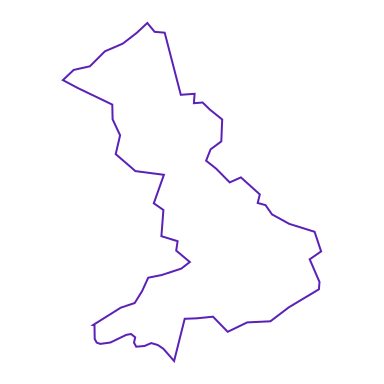 Altiarik, Ferghana, Uzbekistan (orthographic projection)
{"feature_id": "79887680B43666703114629", "entity_name": "Altiarik", "entity_type": "district", "adm_level": 2, "iso_a3": "UZB", "parent_name": "Uzbekistan", "parent_adm1": "Ferghana", "projection": "orthographic", "projection_center": [71.41, 40.491], "detail": "fine", "context": "isolated", "style": "outline", "palette": "violet", "viewbox_px": 384, "rotation_deg": 0, "n_neighbors": 0, "source": "geoboundaries", "source_scale": "gbopen_adm2", "svg_char_len": 995}
<svg xmlns="http://www.w3.org/2000/svg" viewBox="0 0 384 384"><path d="M153.8,203.3L163.4,210.0L161.4,236.2L177.6,241.2L176.2,250.6L189.8,262.0L181.3,268.6L161.4,275.1L148.2,277.7L142.1,291.1L134.7,303.0L120.7,307.7L93.0,325.1L94.5,325.4L94.7,338.9L96.7,342.6L100.3,343.9L110.4,342.5L126.2,334.9L131.0,334.0L135.2,337.3L134.0,342.6L136.2,346.7L144.5,346.0L151.2,343.1L157.8,345.0L163.3,348.7L174.1,361.0L184.7,318.8L197.0,318.3L213.0,316.7L227.7,331.8L247.2,322.4L270.4,321.3L288.7,307.4L318.9,289.3L319.5,282.0L309.7,259.3L321.1,251.4L314.6,231.8L289.3,223.9L272.0,214.4L265.5,205.1L257.7,203.0L259.8,194.4L240.9,177.4L229.7,182.4L216.3,168.8L206.1,160.7L210.6,149.3L221.3,141.4L222.2,119.5L210.0,109.7L202.6,102.5L193.9,103.2L194.6,93.8L180.8,94.8L164.7,32.7L154.6,31.8L147.3,23.0L136.8,32.8L122.8,43.6L104.9,51.3L89.9,66.3L73.7,69.9L62.9,80.1L77.5,87.9L112.3,104.6L112.6,119.3L120.1,135.3L115.7,154.1L135.4,171.1L163.9,174.8L153.8,203.3Z" fill="none" stroke="#5b21b6" stroke-width="2"/></svg>